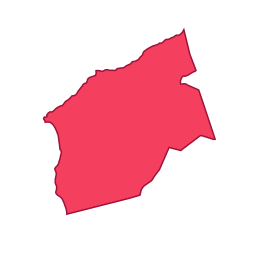 the district of Santa Cruz Cabrália, Bahia, Brazil, rotated 154°
{"feature_id": "56859067B8048153730728", "entity_name": "Santa Cruz Cabrália", "entity_type": "district", "adm_level": 2, "iso_a3": "BRA", "parent_name": "Brazil", "parent_adm1": "Bahia", "projection": "albers", "projection_center": [-39.188, -16.225], "detail": "fine", "context": "isolated", "style": "filled", "palette": "rose", "viewbox_px": 256, "rotation_deg": 154, "n_neighbors": 0, "source": "geoboundaries", "source_scale": "gbopen_adm2", "svg_char_len": 3210}
<svg xmlns="http://www.w3.org/2000/svg" viewBox="0 0 256 256"><g transform="rotate(154 128 128)"><path d="M54.6,79.7L49.7,116.3L47.8,131.2L55.7,140.5L56.6,142.0L57.8,143.0L59.0,143.5L60.2,143.7L61.4,144.3L60.8,146.1L60.0,147.6L59.0,148.5L58.2,149.3L57.3,149.9L56.3,150.4L54.8,150.1L53.8,149.4L52.2,149.3L50.9,149.3L49.4,149.3L47.7,149.6L46.6,149.7L45.5,149.7L44.4,149.8L42.8,149.6L41.6,150.0L40.1,167.1L34.7,191.9L35.6,191.3L36.8,190.3L38.4,189.7L39.9,189.3L41.2,189.0L42.4,189.4L43.4,190.1L45.1,190.3L46.4,189.8L47.9,189.8L49.2,190.1L50.3,190.0L51.8,189.8L53.5,190.3L55.0,190.9L56.1,190.8L57.3,190.4L58.8,189.9L60.6,189.5L62.6,190.5L64.5,190.0L66.5,190.3L67.9,190.5L69.0,190.7L70.3,190.8L71.4,190.8L73.3,190.7L75.4,190.6L77.2,190.3L79.1,190.0L80.6,189.6L81.9,188.4L83.1,187.2L84.7,186.7L86.0,186.3L87.1,185.7L88.1,185.2L89.3,184.9L91.0,184.8L92.6,184.9L94.0,185.4L95.1,185.7L96.4,185.1L97.7,184.5L99.2,184.6L100.9,184.6L102.0,184.7L103.3,184.4L104.8,184.1L106.5,184.3L107.9,185.0L109.3,185.4L110.6,185.8L111.8,186.1L113.4,185.3L115.0,185.7L116.2,186.4L117.3,187.0L118.5,187.4L119.7,188.4L121.2,189.6L122.8,190.2L124.0,190.1L125.7,190.0L127.0,190.7L128.1,191.7L129.3,192.5L130.3,193.1L131.6,193.6L132.5,191.4L133.1,190.5L134.3,189.5L140.3,190.2L142.0,190.0L143.3,189.1L144.0,188.1L145.0,187.3L146.2,186.7L147.4,187.1L148.5,187.0L149.6,186.7L150.5,185.9L151.9,185.3L153.5,184.5L155.2,183.6L156.7,183.0L158.1,181.9L159.1,181.3L160.5,180.6L162.2,180.8L164.4,181.4L165.6,180.8L166.9,180.3L168.4,179.8L170.0,179.5L171.4,179.4L172.6,179.2L173.8,178.6L175.6,177.6L177.4,177.0L178.7,177.4L180.1,177.4L181.4,177.4L182.6,177.3L184.4,177.0L186.5,176.3L188.0,175.8L189.6,175.9L191.3,176.7L193.1,176.5L194.1,175.8L195.5,175.2L195.9,173.9L197.1,173.7L198.5,174.5L199.6,173.6L199.9,172.5L199.4,170.9L199.9,169.5L198.9,169.2L197.4,168.5L196.1,167.8L195.3,166.9L194.6,165.6L193.9,163.8L193.6,161.8L193.5,160.0L193.5,157.8L193.6,155.7L193.8,154.3L193.9,152.9L194.2,151.3L194.6,150.1L194.9,149.1L195.3,148.0L195.8,146.6L196.1,145.4L196.5,144.3L197.0,142.7L197.6,141.1L198.1,139.8L198.5,138.7L198.2,137.1L198.3,135.8L199.2,134.4L200.5,133.0L201.4,131.8L202.0,130.9L203.0,129.8L203.8,129.0L204.6,128.2L205.4,127.2L206.2,126.3L207.6,125.4L209.2,124.7L210.3,124.4L211.6,123.5L212.0,122.1L212.0,120.7L212.2,119.5L212.5,118.3L213.3,117.1L214.1,116.1L214.8,115.1L215.5,114.3L216.1,113.3L216.5,112.2L217.4,110.9L217.6,109.4L217.6,107.6L218.1,106.0L219.3,104.0L220.5,102.7L221.3,101.4L221.2,99.9L220.7,98.4L219.9,97.1L219.0,95.6L218.4,93.7L218.2,91.9L218.3,90.2L218.4,88.3L218.5,87.2L218.7,85.9L218.8,84.8L218.9,83.7L219.1,82.4L219.4,81.2L219.7,80.0L220.2,78.6L220.8,77.4L157.3,64.2L146.7,62.4L145.0,64.4L144.0,65.7L142.9,66.8L141.3,67.9L139.8,68.6L138.1,69.1L135.9,69.4L134.7,69.6L133.6,69.8L132.1,70.0L130.2,70.3L128.8,70.9L127.4,71.8L126.0,72.7L124.6,73.5L123.2,74.2L121.6,75.0L120.5,75.6L119.4,76.1L118.1,76.7L99.6,92.5L90.4,84.6L88.9,85.0L87.7,85.2L85.9,85.6L84.7,85.8L83.1,86.1L81.9,86.4L79.9,86.8L77.0,87.3L74.6,87.8L72.4,88.3L71.4,88.4L69.7,88.8L68.5,89.0L67.4,89.3L66.0,89.3L65.0,88.7L63.8,87.6L61.9,85.8L60.3,84.3L58.9,83.0L57.9,82.0L56.9,81.0L55.8,80.1L54.6,79.7Z" fill="#f43f5e" stroke="#9f1239" stroke-width="1.5"/></g></svg>